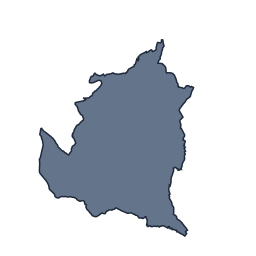 outline of Ocnele Mari, Vâlcea, Romania, rotated 285°
{"feature_id": "2599482B98582848146114", "entity_name": "Ocnele Mari", "entity_type": "district", "adm_level": 2, "iso_a3": "ROU", "parent_name": "Romania", "parent_adm1": "Vâlcea", "projection": "mercator", "projection_center": [24.271, 45.091], "detail": "fine", "context": "isolated", "style": "filled", "palette": "slate", "viewbox_px": 256, "rotation_deg": 285, "n_neighbors": 0, "source": "geoboundaries", "source_scale": "gbopen_adm2", "svg_char_len": 5779}
<svg xmlns="http://www.w3.org/2000/svg" viewBox="0 0 256 256"><g transform="rotate(285 128 128)"><path d="M79.5,183.2L81.4,182.9L82.7,183.7L82.9,183.5L83.0,182.8L83.4,182.7L83.8,182.7L83.8,183.4L84.0,183.7L86.3,183.6L90.4,182.7L91.8,182.6L93.2,182.9L98.5,183.1L100.2,182.7L100.9,182.2L102.3,184.0L102.1,184.7L101.3,185.4L101.4,186.7L101.1,186.9L101.1,187.2L100.2,187.3L100.5,188.4L101.3,188.8L101.4,189.1L101.7,189.2L101.8,190.3L102.3,190.0L102.9,189.8L105.5,190.1L106.6,189.6L109.8,190.1L111.7,190.7L113.0,190.7L113.5,190.2L114.2,190.2L116.0,189.6L116.8,189.7L117.3,190.1L119.5,188.7L120.4,189.6L122.8,187.6L123.5,188.1L123.5,187.9L124.1,187.9L124.2,187.5L125.0,187.5L125.1,187.1L125.3,187.1L125.5,186.4L126.0,186.8L126.4,186.9L127.7,186.5L128.5,186.8L129.7,186.7L130.5,186.3L130.7,184.2L131.4,184.4L132.2,184.1L133.4,184.2L134.3,184.7L135.5,184.6L136.1,184.4L140.8,180.1L141.3,179.6L141.2,178.9L145.2,178.1L147.0,176.8L148.2,176.3L148.8,176.2L149.8,176.6L151.3,177.6L152.7,178.3L157.8,173.2L158.8,172.9L160.3,173.1L165.4,175.1L167.7,176.3L171.2,177.3L172.5,178.7L174.5,180.0L179.5,180.1L180.9,180.3L182.3,180.8L184.1,180.8L184.5,178.5L183.9,178.2L183.7,177.5L184.3,176.5L184.4,175.3L184.2,174.5L184.0,173.8L183.6,173.3L181.5,172.6L180.7,171.8L180.6,171.2L180.9,169.8L180.6,166.0L181.3,165.7L181.6,165.9L182.3,165.2L183.2,164.9L184.0,164.4L184.9,163.1L186.1,162.7L188.3,161.3L191.2,159.0L191.5,158.0L192.2,157.3L192.3,156.7L192.3,154.8L191.9,153.1L191.5,151.9L191.1,151.3L192.4,150.0L193.4,149.9L195.9,148.9L197.2,147.7L199.0,144.5L198.8,142.4L198.3,140.2L201.1,140.2L202.2,141.0L203.4,141.2L203.6,141.2L204.5,140.7L208.0,141.1L210.9,140.7L212.3,141.0L214.1,140.8L216.6,141.6L218.8,140.2L222.0,138.9L222.1,138.4L222.0,137.9L221.7,137.5L220.6,137.8L219.4,137.8L218.8,137.5L218.6,137.2L218.4,134.7L217.7,134.3L213.7,134.3L210.9,134.9L209.6,133.7L208.2,132.0L209.6,130.6L209.1,129.7L208.4,128.9L207.1,128.1L205.7,126.5L206.2,126.3L206.6,125.9L204.8,124.2L204.1,123.2L202.0,121.0L199.3,119.5L199.0,119.7L198.8,120.0L197.7,120.4L196.4,120.5L195.5,120.1L195.6,119.7L195.8,119.5L197.5,118.8L197.4,118.7L192.2,118.6L191.0,118.2L190.6,117.7L189.3,117.9L185.0,113.4L183.9,113.0L182.6,112.9L181.9,112.4L181.4,112.5L180.8,111.6L179.9,111.3L179.9,109.7L177.6,105.3L177.0,102.1L177.1,99.8L177.4,99.3L175.9,97.3L174.8,95.1L174.3,93.5L172.8,92.5L172.2,91.9L173.7,90.3L171.6,88.3L171.1,86.9L171.3,84.3L171.8,82.8L172.4,81.9L171.4,81.3L169.4,80.9L168.6,79.6L167.9,79.0L163.6,78.5L162.4,78.8L161.9,79.2L161.8,80.0L162.6,82.4L164.1,84.4L166.0,86.6L166.4,87.2L166.6,88.0L166.5,89.6L166.1,90.0L165.2,90.7L164.2,91.0L163.1,91.0L161.2,90.5L160.2,89.8L159.4,89.7L158.6,89.0L155.6,87.4L155.0,86.3L153.8,86.0L153.1,85.1L149.7,84.8L148.9,83.5L147.4,82.8L146.8,82.0L145.6,78.5L145.5,76.9L145.1,77.9L144.7,79.8L144.2,79.8L142.6,77.8L139.0,70.7L138.4,70.4L137.0,71.0L135.7,73.2L131.3,76.1L129.6,78.1L128.9,78.5L128.6,79.4L128.7,79.9L128.1,80.8L125.5,82.6L124.1,82.8L123.8,82.7L122.4,81.4L118.3,79.3L117.7,78.2L116.8,77.7L112.0,76.5L110.4,76.8L109.5,76.3L108.6,76.2L108.2,75.9L107.9,76.1L107.1,76.0L106.7,76.3L106.1,76.1L106.2,76.6L106.0,76.8L104.8,76.9L103.7,78.8L102.9,79.1L100.8,81.0L100.3,81.0L99.7,81.4L97.4,80.4L95.7,78.9L94.8,79.1L93.1,78.7L92.2,79.1L91.1,79.3L87.6,77.9L86.8,77.9L86.7,77.6L86.8,76.4L87.8,74.4L87.8,73.3L88.2,72.6L88.9,72.0L89.0,71.5L88.8,70.9L88.8,70.5L91.2,66.2L91.4,65.4L93.0,64.6L94.0,63.5L94.3,62.6L95.2,62.0L96.9,60.4L97.9,58.9L98.6,58.2L98.8,57.5L99.9,55.6L100.2,54.6L101.6,51.6L103.5,46.7L104.2,46.1L104.6,45.3L105.3,44.8L105.2,44.3L104.8,44.0L104.1,44.2L103.2,44.0L102.8,44.2L98.8,44.5L97.0,46.8L95.6,47.1L94.3,48.3L89.7,50.5L76.5,51.0L74.9,50.5L70.8,51.9L63.6,53.5L61.9,54.3L60.8,55.6L55.5,63.1L52.3,66.1L48.5,67.9L45.1,74.1L42.9,75.3L42.2,77.0L42.5,79.2L43.7,80.1L44.6,81.7L45.6,85.4L45.8,87.9L46.4,89.2L46.9,90.8L46.6,91.9L46.9,92.9L46.9,93.8L46.7,95.3L46.4,96.2L45.4,97.7L44.8,100.1L45.0,101.2L45.9,102.2L46.1,102.8L46.0,104.1L45.8,104.9L45.1,105.3L44.4,105.3L43.9,105.9L43.0,106.3L43.1,107.6L42.1,107.8L41.1,107.7L40.6,107.9L38.9,109.3L37.5,111.7L36.0,113.5L35.1,115.1L34.2,116.0L34.1,116.4L33.9,117.8L33.9,119.6L34.5,120.9L37.2,123.3L39.0,124.5L39.0,124.9L39.2,125.6L39.0,126.6L39.3,128.0L40.5,128.5L41.6,128.5L42.1,128.7L42.6,129.9L43.6,130.5L44.1,131.3L44.4,132.4L44.5,133.7L45.6,134.8L45.7,135.3L46.1,135.8L46.6,136.4L47.6,136.9L47.7,137.5L47.5,138.6L47.1,139.5L47.1,140.4L46.4,142.9L45.7,148.3L45.5,149.0L45.6,149.9L46.5,151.9L46.8,153.6L46.4,154.9L46.2,156.0L46.4,156.7L45.7,157.7L45.7,158.3L46.0,159.4L45.6,160.0L44.8,160.7L44.6,161.4L43.9,162.1L44.2,162.7L44.5,163.9L44.5,164.8L44.3,165.2L44.8,165.7L44.7,166.2L46.8,167.7L47.0,168.2L45.7,168.7L44.5,170.2L44.1,170.4L43.3,170.4L42.7,170.8L41.7,170.8L41.0,171.0L39.6,170.9L39.5,171.0L39.6,171.5L39.5,171.8L38.9,171.4L38.4,171.5L38.3,172.4L38.0,172.9L39.3,174.5L39.3,175.1L38.9,175.3L38.7,175.7L38.9,176.8L40.1,179.0L40.2,181.1L40.9,181.8L41.0,182.2L41.0,182.6L40.6,183.1L40.5,184.0L41.4,184.5L41.6,185.4L42.2,185.9L42.7,186.8L42.5,187.2L42.7,188.6L42.3,189.5L41.9,191.4L41.6,192.0L41.7,192.6L42.1,192.9L42.6,192.5L43.1,192.4L43.3,192.6L43.4,193.1L43.2,193.7L41.6,194.7L41.7,195.4L42.5,196.4L42.2,196.6L41.3,196.9L41.3,197.3L41.5,197.6L41.7,198.4L41.9,198.8L41.4,200.6L41.4,200.8L41.8,201.1L41.7,201.3L41.4,201.6L40.4,201.9L40.3,202.2L40.6,203.5L39.9,204.9L39.2,208.5L38.3,210.8L41.3,212.0L42.5,210.3L43.2,210.7L44.6,211.9L46.0,210.5L48.1,207.5L50.5,204.5L52.1,201.5L52.4,200.4L52.5,199.4L53.8,198.2L54.6,198.1L54.9,197.8L55.9,196.5L56.1,194.9L56.3,194.5L57.1,194.1L59.0,193.9L60.2,193.4L61.1,193.3L63.2,192.6L64.5,191.1L66.0,190.0L67.4,189.5L69.6,187.4L70.0,186.8L71.2,186.0L72.6,185.9L73.7,184.8L74.0,184.9L74.8,185.7L76.1,185.0L77.6,183.9L79.5,183.2Z" fill="#64748b" stroke="#1e293b" stroke-width="1.5"/></g></svg>